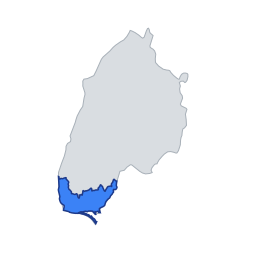 Klaipedos highlighted on a map of Lithuania, rotated 285°
{"feature_id": "LTU-935", "entity_name": "Klaipedos", "entity_type": "County", "adm_level": 1, "iso_a3": "LTU", "parent_name": "Lithuania", "parent_adm1": "", "projection": "robinson", "projection_center": [21.636, 55.706], "detail": "fine", "context": "in_parent", "style": "filled", "palette": "blue", "viewbox_px": 256, "rotation_deg": 285, "n_neighbors": 0, "source": "natural_earth", "source_scale": "10m", "svg_char_len": 5174}
<svg xmlns="http://www.w3.org/2000/svg" viewBox="0 0 256 256"><g transform="rotate(285 128 128)"><path d="M91.2,162.9L89.7,160.7L88.2,156.8L88.3,153.6L89.2,150.5L93.3,141.2L93.1,139.8L90.0,137.2L86.2,135.3L84.1,131.4L76.4,131.2L69.2,131.4L66.9,131.2L60.1,129.6L53.4,127.0L49.0,125.4L45.3,123.7L43.3,121.9L40.1,122.4L38.0,122.4L38.0,122.1L36.8,118.9L38.1,114.1L35.8,106.9L32.0,98.4L31.8,89.2L31.5,87.2L40.8,82.0L52.4,76.5L55.0,76.0L65.7,72.7L67.2,72.4L76.8,73.0L84.4,73.8L90.8,73.7L94.3,72.9L97.5,73.6L100.0,76.0L102.7,75.7L105.3,74.1L119.6,75.6L122.8,75.6L126.4,75.8L133.2,77.3L137.0,78.7L145.5,77.8L149.1,77.8L151.0,77.2L156.8,73.5L159.3,72.9L161.6,72.2L163.8,72.8L165.2,76.0L169.7,81.4L174.4,82.4L187.5,84.5L190.2,85.6L197.6,90.5L202.1,92.8L204.9,94.7L209.3,98.4L211.9,101.1L216.1,103.2L221.0,104.6L222.8,104.8L222.7,106.7L222.0,110.1L220.5,114.4L218.9,117.7L218.6,119.0L219.9,120.1L226.3,120.6L229.1,121.1L229.7,122.0L228.3,123.2L226.3,124.1L225.4,125.0L223.8,128.3L213.1,127.9L211.7,128.5L211.1,130.0L210.6,131.8L209.3,133.8L206.5,135.7L202.0,136.4L198.4,137.6L195.8,141.5L193.9,146.7L194.0,150.4L194.3,152.4L194.1,153.6L192.8,154.9L190.6,158.3L188.9,162.0L188.2,164.0L188.6,165.0L190.6,165.0L193.7,165.8L195.3,167.3L195.9,169.0L196.0,170.9L195.4,171.9L193.1,172.6L189.3,172.7L187.1,171.8L186.6,171.1L187.6,169.3L186.8,167.0L185.2,165.8L182.1,167.7L179.1,167.7L175.5,169.3L173.2,172.0L170.9,173.0L164.7,172.4L163.2,173.6L162.1,179.0L161.3,180.1L156.2,179.9L151.2,182.0L145.7,183.8L142.8,182.6L141.2,181.2L138.1,181.4L134.8,182.0L132.6,181.7L130.0,181.9L125.2,182.9L119.1,182.6L116.5,181.7L116.2,180.8L116.4,178.7L116.3,175.4L115.3,172.5L112.3,169.9L109.3,168.2L105.3,166.3L102.4,165.5L100.9,165.3L100.5,164.2L99.9,163.3L98.5,162.5L95.7,161.4L93.2,161.2L91.2,162.9ZM28.3,121.8L26.3,121.4L30.3,116.4L31.8,113.1L32.9,108.5L33.8,107.0L33.8,109.1L33.4,112.6L30.9,118.6L28.3,121.8Z" fill="#d9dde1" stroke="#a8b0b8" stroke-width="1"/><path d="M31.8,87.0L33.1,86.8L35.1,86.8L36.5,86.5L37.0,85.7L37.3,84.5L37.9,83.1L38.7,82.1L39.9,81.2L41.2,80.4L42.3,80.0L43.8,80.0L44.4,79.8L46.6,78.6L49.2,77.2L50.4,76.7L53.5,76.6L55.3,76.0L63.1,73.4L63.0,73.9L62.5,74.1L61.3,74.6L61.1,74.8L61.0,75.1L61.0,75.4L61.2,75.6L61.5,75.8L61.8,76.1L62.0,76.4L62.0,77.4L62.1,77.8L62.2,78.2L62.6,78.5L62.8,78.8L63.8,80.4L63.9,80.8L63.9,81.0L63.6,81.1L63.2,81.2L62.9,81.3L62.7,81.4L62.5,81.9L62.2,82.2L62.1,82.4L61.7,83.1L60.8,84.4L60.6,84.6L60.2,84.8L58.5,84.7L58.1,84.8L57.8,85.0L57.4,85.3L57.1,85.5L56.8,85.6L55.5,85.6L55.1,85.8L53.4,86.9L53.2,87.8L52.0,89.5L51.7,89.8L51.4,90.0L50.6,90.1L50.1,90.4L50.0,90.6L50.0,90.9L50.1,91.2L50.2,91.4L50.0,93.2L50.0,93.6L50.2,94.0L50.3,94.3L51.0,95.0L51.2,95.5L51.0,95.8L50.6,96.1L50.4,96.3L48.5,97.5L48.0,97.9L47.8,98.2L47.7,98.4L47.6,98.6L47.7,98.9L49.2,99.0L49.5,98.9L49.9,98.8L50.6,98.3L50.8,98.6L50.8,98.9L50.8,99.1L51.2,99.6L51.5,99.8L51.6,100.0L51.6,100.4L51.4,100.6L51.3,100.8L51.4,101.1L51.7,101.1L52.1,101.1L52.5,101.0L54.2,101.0L55.0,100.8L55.5,100.7L55.8,100.9L55.9,101.0L55.8,101.3L55.8,101.5L55.7,101.8L55.7,102.0L55.6,102.5L56.3,103.3L56.4,103.5L56.5,103.7L56.6,104.4L56.8,104.6L57.1,104.9L57.2,105.1L57.3,105.4L58.3,106.5L60.1,107.6L60.3,108.0L60.2,108.3L60.0,108.5L59.8,108.7L58.0,109.3L58.0,109.7L58.5,110.0L58.9,111.7L59.1,112.0L59.6,112.4L59.7,112.7L60.4,114.9L60.8,115.2L61.2,115.2L61.8,114.8L62.1,114.7L62.4,114.9L63.1,115.3L64.5,115.8L65.7,116.0L65.9,116.1L66.0,116.2L66.0,116.6L65.4,116.8L65.2,118.0L64.9,118.4L64.5,118.8L63.9,119.1L61.3,121.3L61.0,121.9L61.0,122.2L61.5,122.4L62.5,122.5L65.8,123.5L66.2,123.8L66.4,124.0L66.8,125.0L67.3,125.9L67.4,126.1L67.4,126.4L67.2,127.1L67.3,127.3L67.6,127.3L68.1,127.1L68.7,126.7L68.9,126.6L69.8,126.5L70.2,126.5L70.5,126.7L71.2,127.1L71.5,127.2L71.9,127.3L72.6,127.2L72.9,127.2L73.2,127.3L73.5,127.4L73.8,127.4L74.1,127.3L74.7,127.6L74.8,128.1L74.6,128.3L74.4,128.6L74.2,129.1L73.8,129.7L73.8,130.0L73.8,130.9L73.1,130.9L69.4,131.6L68.9,131.9L68.5,132.3L67.9,132.7L67.1,132.7L66.2,132.5L65.4,132.0L65.1,131.3L65.1,130.6L65.0,130.1L64.5,129.9L63.6,130.0L62.7,130.5L62.4,130.6L62.1,130.5L61.3,130.1L60.0,129.8L59.4,129.5L58.2,128.8L55.8,128.4L55.2,128.0L54.6,127.4L52.1,126.1L50.7,125.6L47.2,125.5L46.0,124.7L43.8,122.1L42.8,121.3L41.9,121.4L39.1,123.1L39.1,122.9L39.0,121.9L38.9,121.6L39.2,121.4L39.4,121.4L39.7,121.4L39.9,121.0L39.8,120.6L39.6,120.1L39.3,119.7L39.1,119.5L38.8,119.3L38.7,118.8L38.7,117.8L38.3,117.8L36.3,119.2L36.2,118.8L36.1,118.7L37.6,116.5L37.9,116.2L38.4,115.7L38.4,114.6L38.0,112.9L37.6,111.6L37.5,111.2L37.4,111.1L37.1,110.8L36.7,110.5L36.6,110.0L36.6,109.5L36.7,109.2L36.7,108.8L36.6,108.4L35.3,105.9L35.0,105.1L35.0,104.3L34.7,103.9L33.3,102.1L33.0,101.8L32.7,101.7L32.5,101.4L32.3,100.3L32.0,99.4L31.5,95.7L31.5,93.8L31.5,93.3L31.9,92.7L31.9,92.3L31.9,88.6L31.8,87.0ZM29.4,122.0L27.2,121.6L29.8,118.4L31.3,115.8L32.7,112.2L33.1,108.5L33.3,107.8L33.1,107.6L33.3,107.2L33.0,106.3L33.1,103.5L32.8,102.3L33.9,103.4L34.4,105.3L34.5,109.1L34.4,109.7L34.1,110.4L34.0,110.9L34.0,112.6L33.6,113.3L33.0,114.0L32.8,114.7L33.5,115.3L33.5,115.5L33.0,116.0L32.4,116.8L31.8,117.8L31.6,118.7L31.1,119.6L29.4,121.2L29.4,122.0Z" fill="#3b82f6" stroke="#1e3a8a" stroke-width="1.5"/></g></svg>